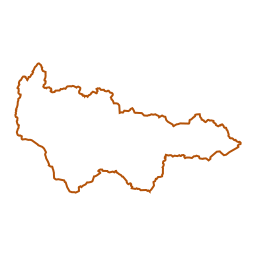 an SVG outline of Khanty-Mansiy
{"feature_id": "RUS-2396", "entity_name": "Khanty-Mansiy", "entity_type": "Autonomous Province", "adm_level": 1, "iso_a3": "RUS", "parent_name": "Russia", "parent_adm1": "", "projection": "mercator", "projection_center": [69.975, 62.153], "detail": "fine", "context": "isolated", "style": "outline", "palette": "amber", "viewbox_px": 256, "rotation_deg": 0, "n_neighbors": 0, "source": "natural_earth", "source_scale": "10m", "svg_char_len": 5721}
<svg xmlns="http://www.w3.org/2000/svg" viewBox="0 0 256 256"><path d="M19.2,135.7L17.8,135.0L17.6,134.7L16.9,132.6L16.9,131.9L17.5,130.2L17.8,129.0L18.2,128.5L18.6,127.8L18.5,126.9L18.9,125.3L18.8,125.1L17.8,124.7L17.2,123.1L16.8,121.5L16.8,121.0L17.3,120.5L17.3,119.7L17.5,118.3L17.5,118.1L17.1,117.4L15.9,117.0L15.5,116.0L15.4,115.0L15.4,114.7L15.9,114.0L16.0,113.8L15.7,112.6L16.3,111.0L15.9,110.3L15.9,110.0L16.4,109.5L16.2,108.9L17.0,107.2L17.6,104.9L17.8,101.8L18.3,100.6L18.3,98.9L20.0,97.5L20.5,95.9L20.7,94.9L20.6,94.5L19.7,94.5L18.4,93.0L18.4,92.0L18.8,91.0L18.6,90.1L18.6,88.7L17.5,88.0L17.8,87.2L18.4,86.4L18.7,85.4L19.2,84.9L19.4,84.5L18.9,83.5L19.0,82.3L19.8,80.7L21.0,79.9L22.1,77.8L23.1,76.6L24.5,76.5L25.4,76.8L25.6,77.0L25.5,77.5L27.0,79.1L27.1,79.9L27.3,80.1L28.5,77.9L28.7,77.0L30.1,76.9L31.0,75.3L31.2,74.7L32.3,74.1L32.5,73.3L33.1,72.2L32.5,71.5L33.7,70.0L34.5,68.0L35.2,66.8L36.1,66.2L37.7,63.8L38.9,63.4L41.1,65.3L41.5,67.0L42.2,67.5L41.9,68.9L42.8,70.9L45.6,72.0L45.5,73.0L45.6,73.7L45.5,74.5L45.6,75.4L45.5,76.9L45.3,77.9L44.5,79.5L44.5,80.1L44.5,80.4L45.4,80.8L45.6,81.2L45.7,81.8L45.4,82.2L45.5,83.1L45.0,84.0L43.7,85.0L43.7,85.7L43.3,86.7L44.5,87.9L45.8,87.8L46.3,88.2L46.8,87.7L49.2,87.3L50.4,88.5L51.1,88.6L51.4,90.2L50.6,91.1L51.3,91.9L52.3,92.3L54.6,92.0L54.7,91.8L54.8,91.4L55.6,90.6L59.6,90.5L60.7,89.0L62.0,89.2L64.0,88.4L65.5,88.8L66.8,86.9L67.4,86.4L70.2,86.2L71.4,86.4L72.6,85.9L73.7,86.1L76.4,87.5L76.5,87.2L78.2,86.6L79.8,87.4L80.3,88.0L80.3,88.9L79.9,90.1L79.1,91.2L79.2,91.6L79.1,92.5L79.3,93.1L79.9,93.6L82.3,94.3L82.3,95.0L83.0,95.2L83.2,95.9L84.2,95.6L84.5,95.7L84.7,96.2L84.9,95.8L85.7,96.1L86.6,95.9L87.6,96.8L88.7,95.2L89.4,95.1L90.8,94.1L91.0,93.4L92.9,91.7L95.1,92.5L96.3,93.3L96.7,93.2L96.8,92.3L97.6,91.1L96.5,89.0L97.8,88.3L98.7,88.6L99.6,88.3L101.0,89.9L103.9,89.8L104.6,90.9L106.1,91.3L106.9,91.3L108.0,90.7L108.7,90.8L110.1,92.6L111.8,92.9L112.6,93.7L112.8,94.5L112.6,95.3L110.8,97.4L111.4,98.6L111.5,99.4L112.1,99.8L113.0,101.0L113.8,103.3L116.2,103.3L117.8,103.7L119.2,105.3L119.3,106.0L119.7,112.9L121.3,112.3L122.9,112.6L124.3,110.7L128.5,111.1L130.0,110.0L130.6,109.0L132.3,108.2L133.0,109.1L133.0,109.3L133.8,110.5L134.5,112.5L135.6,112.9L136.2,112.8L141.8,113.1L144.1,115.5L147.5,115.7L148.5,115.2L149.5,115.2L151.3,114.3L153.2,114.7L155.5,114.3L156.1,114.8L158.7,116.0L159.1,117.3L161.9,115.6L162.4,115.6L163.6,116.5L165.3,116.8L166.2,119.8L166.4,120.2L167.8,121.7L172.6,124.5L173.2,125.9L173.6,126.2L174.7,125.4L176.7,124.3L177.9,124.2L180.2,123.4L188.8,123.6L189.1,123.4L189.5,121.8L189.6,120.2L190.0,119.8L191.1,119.5L192.7,118.1L192.9,117.7L193.8,117.3L194.3,116.5L195.0,116.3L195.2,115.7L195.3,114.8L196.8,114.4L199.7,114.2L199.9,115.4L200.2,116.9L200.4,117.3L201.5,118.5L201.6,119.6L203.8,120.5L204.1,121.2L205.4,122.1L205.8,122.0L207.8,120.0L208.6,119.9L209.8,120.6L211.1,120.4L213.5,120.9L213.6,121.2L213.4,122.2L213.6,122.4L215.7,123.8L215.8,124.1L215.8,124.7L215.9,125.0L218.0,126.2L218.2,126.3L220.1,125.1L220.3,125.5L220.6,125.4L221.9,124.4L222.3,124.4L223.5,125.8L223.9,127.0L224.2,127.4L224.8,127.8L225.7,127.7L226.1,127.8L226.4,128.7L226.5,129.6L227.4,130.4L228.7,134.5L228.4,135.7L228.5,136.1L229.4,136.9L229.8,138.0L231.0,138.4L231.8,138.2L232.4,138.4L233.2,139.0L233.8,139.8L234.7,140.2L235.6,139.9L236.5,141.2L238.5,142.1L239.6,141.8L240.6,142.7L240.6,143.3L240.6,143.9L240.4,144.1L238.9,144.5L237.9,145.4L237.8,146.0L238.4,146.9L238.1,147.2L229.3,152.2L226.2,154.7L223.9,155.2L220.8,152.5L219.8,151.4L216.8,151.7L210.6,157.0L210.4,157.4L210.4,158.9L208.6,160.4L206.4,158.6L205.7,158.4L203.3,158.6L202.9,158.9L199.9,158.5L199.5,158.2L199.3,157.7L199.0,156.5L196.4,155.7L195.6,156.2L193.9,156.3L191.9,158.0L189.1,157.5L186.1,157.6L185.1,158.1L184.3,157.1L184.3,156.2L184.5,155.7L184.0,155.5L183.5,155.0L181.7,155.2L181.1,155.9L180.3,156.0L179.3,155.2L177.5,156.1L174.5,155.7L172.8,156.6L172.5,156.4L172.0,155.8L171.0,155.2L169.8,155.2L168.5,155.5L165.9,154.8L165.8,155.1L165.6,157.0L165.0,156.8L164.8,157.2L164.8,158.3L165.4,158.6L165.5,159.5L165.5,159.8L165.2,160.4L163.4,161.3L163.2,161.7L163.0,162.9L163.0,163.4L163.5,163.7L163.8,164.8L163.2,166.4L162.5,167.4L163.0,168.2L162.9,170.4L162.9,173.4L162.8,173.9L162.2,174.5L162.1,176.3L160.4,176.9L158.1,177.0L156.6,179.0L155.8,178.9L155.1,181.1L153.5,182.0L153.5,182.4L154.0,185.3L153.6,186.2L151.4,189.4L149.6,191.2L149.6,191.6L148.3,190.5L147.4,190.9L146.7,190.2L146.1,190.0L140.6,190.2L139.6,189.1L138.7,188.8L137.7,189.0L136.7,188.3L135.6,188.9L135.1,188.9L131.7,188.2L132.2,186.7L131.1,185.9L131.0,185.6L130.9,185.4L131.2,184.3L130.8,183.6L130.2,183.3L128.4,184.2L127.4,183.4L126.7,182.2L126.7,181.2L126.6,180.9L126.0,180.3L124.2,178.1L123.6,177.5L123.1,176.7L122.0,176.5L121.1,175.2L119.0,174.1L118.3,173.4L117.0,172.7L116.1,170.9L115.5,171.0L114.7,172.3L114.4,172.4L112.8,171.6L109.5,172.4L108.2,172.0L107.4,171.0L102.9,170.9L102.5,170.7L102.3,169.8L102.2,169.6L100.3,169.5L98.8,170.3L98.3,171.0L100.0,172.4L100.2,172.7L100.2,173.0L96.4,175.7L94.6,176.5L94.1,176.4L93.9,176.8L92.6,180.8L92.3,181.3L90.9,182.0L88.2,182.5L87.1,182.4L85.6,184.4L83.1,185.6L81.4,187.1L80.6,186.3L79.0,187.0L78.8,187.4L79.0,190.5L78.9,191.1L75.6,192.6L74.6,192.2L71.9,192.2L69.6,191.4L67.2,187.2L65.7,182.4L64.8,182.0L64.6,181.6L64.4,180.8L64.2,180.4L58.3,179.2L56.6,179.5L55.8,179.4L54.3,178.3L54.1,177.8L53.9,174.4L53.9,172.8L53.1,169.4L52.6,168.5L52.5,167.3L52.2,166.7L50.5,166.5L48.8,165.4L49.1,164.7L49.0,164.2L47.9,161.5L46.2,158.4L45.8,156.6L45.1,154.7L45.3,153.7L46.0,152.2L44.0,148.5L42.3,146.9L38.2,145.2L37.9,144.6L31.7,140.2L30.1,139.8L28.3,139.9L25.5,139.1L22.4,139.5L21.7,138.9L21.6,137.2L21.8,136.6L21.8,136.3L20.0,135.4L19.2,135.7Z" fill="none" stroke="#b45309" stroke-width="2"/></svg>